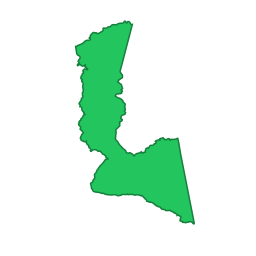 the district of Pracuúba, Amapá, Brazil, rotated 260°
{"feature_id": "56859067B17599195278011", "entity_name": "Pracuúba", "entity_type": "district", "adm_level": 2, "iso_a3": "BRA", "parent_name": "Brazil", "parent_adm1": "Amapá", "projection": "natural_earth1", "projection_center": [-51.252, 1.606], "detail": "fine", "context": "isolated", "style": "filled", "palette": "green", "viewbox_px": 256, "rotation_deg": 260, "n_neighbors": 0, "source": "geoboundaries", "source_scale": "gbopen_adm2", "svg_char_len": 5848}
<svg xmlns="http://www.w3.org/2000/svg" viewBox="0 0 256 256"><g transform="rotate(260 128 128)"><path d="M22.7,176.7L92.9,175.3L104.8,175.4L109.2,175.2L109.0,173.7L108.7,173.1L108.9,170.6L109.3,168.8L108.7,168.1L108.6,167.3L109.0,167.0L109.5,167.2L110.0,167.1L110.3,166.5L110.5,166.0L110.3,164.8L109.8,163.6L110.1,163.0L110.1,162.2L112.0,161.1L112.3,160.7L112.3,160.2L111.9,159.7L112.1,158.3L111.9,157.5L111.3,157.4L110.7,157.5L110.8,156.6L111.1,155.8L110.7,154.8L110.7,153.8L110.3,153.5L110.4,152.8L110.0,152.6L109.7,153.0L108.5,153.1L108.2,152.4L107.7,152.0L107.9,151.2L106.6,149.5L107.0,147.4L106.5,146.2L105.5,145.6L104.5,144.4L105.1,143.9L104.6,142.3L104.2,141.8L103.3,141.6L102.3,140.9L101.4,140.9L101.1,140.4L101.2,138.9L100.8,138.6L101.5,137.5L101.2,136.9L101.5,136.4L102.1,136.6L101.2,133.9L101.4,132.7L100.9,131.0L100.0,129.6L99.5,129.4L99.7,129.0L101.7,127.7L103.2,125.8L103.4,125.1L103.1,124.2L103.7,122.5L104.3,122.1L105.0,121.9L105.7,121.9L106.5,121.5L109.2,119.1L109.6,118.8L110.4,118.6L112.0,117.3L114.4,116.1L116.4,115.4L118.7,113.9L120.3,113.7L121.3,114.4L122.8,114.5L124.1,115.1L126.6,115.7L127.4,115.5L128.3,115.6L131.5,120.2L131.9,120.4L133.3,120.4L134.3,120.9L135.0,120.5L135.4,120.7L135.8,122.6L136.3,123.4L136.7,123.7L137.4,123.8L137.9,123.4L138.4,122.6L138.8,122.6L139.5,122.7L140.3,123.4L140.8,123.4L141.7,124.6L141.9,127.0L142.2,127.5L143.1,127.8L143.5,128.3L145.5,127.4L146.3,128.5L146.9,128.4L147.9,128.7L149.0,128.2L150.4,128.9L152.0,129.4L152.6,129.1L154.6,127.6L155.5,127.8L157.6,126.3L158.9,124.7L159.3,123.6L161.3,121.3L161.7,121.0L162.2,121.3L162.9,122.0L163.6,123.3L163.5,124.0L163.1,124.7L163.4,125.6L163.1,126.9L163.3,127.6L164.1,127.6L164.8,128.7L165.5,128.8L165.9,128.6L166.2,128.0L166.8,127.8L167.6,129.3L168.0,129.6L169.0,129.3L171.7,129.0L172.2,128.8L173.3,127.6L174.1,127.0L175.2,125.9L176.1,126.9L176.7,126.9L177.3,128.5L178.2,130.2L178.3,131.0L178.8,131.3L179.9,131.6L181.5,131.6L182.0,131.1L183.7,130.4L184.9,130.0L185.5,130.2L229.3,150.3L229.5,148.9L230.6,148.4L231.4,148.3L232.7,147.3L232.8,146.1L231.7,145.2L232.0,144.4L233.3,144.0L233.7,143.7L233.8,143.1L232.3,141.7L232.1,140.8L232.4,139.4L232.6,137.8L232.1,135.3L231.7,134.8L231.6,134.3L232.2,132.6L232.3,130.5L232.0,129.5L231.0,128.3L230.8,127.7L231.0,126.2L230.9,125.6L230.1,124.5L230.1,123.9L230.6,121.1L230.2,120.6L229.4,120.7L228.7,120.6L228.1,120.1L226.4,116.1L226.2,114.9L226.3,114.2L227.2,113.4L227.5,111.9L227.7,111.2L228.1,110.7L227.9,109.8L225.7,107.0L223.8,106.6L223.7,105.6L223.1,105.5L222.6,106.2L221.9,106.3L221.4,105.8L221.1,105.2L221.4,104.0L221.5,103.0L221.3,101.7L221.1,101.0L219.3,98.2L218.7,96.5L218.0,92.9L217.3,91.8L217.5,90.6L210.3,90.4L208.6,91.1L207.3,92.8L206.1,93.1L205.5,93.1L204.8,92.8L203.8,91.5L202.1,90.4L200.6,91.3L200.2,91.2L199.6,89.6L198.7,89.0L198.1,89.3L198.8,91.1L198.7,92.4L198.0,92.5L197.5,92.9L196.8,94.0L196.8,94.8L197.4,96.3L197.4,96.9L195.7,96.2L194.6,97.7L194.1,97.5L193.1,98.5L192.6,98.3L192.5,97.8L192.7,97.4L193.1,97.5L193.7,95.6L193.1,94.4L192.3,93.5L191.8,93.5L191.3,93.9L190.4,93.5L189.9,93.7L189.7,93.1L188.9,92.2L188.0,91.9L187.0,90.8L186.5,90.7L186.1,90.4L185.5,90.5L185.0,90.2L184.4,90.4L184.2,90.9L183.8,91.3L183.3,91.4L182.9,91.1L182.6,90.6L182.2,90.5L179.9,91.5L178.7,91.5L177.6,90.8L175.0,90.4L173.4,90.8L172.8,90.4L171.8,90.2L171.1,89.8L170.3,89.0L168.9,89.1L167.9,88.8L167.1,89.1L166.7,89.1L164.8,87.0L163.9,87.0L163.0,86.3L161.4,84.6L160.3,84.0L159.9,84.2L159.4,84.8L158.6,84.8L157.4,84.3L157.2,85.0L156.3,85.9L155.6,85.9L155.0,86.1L154.5,85.8L154.0,85.7L152.2,86.4L151.7,86.9L151.3,86.9L151.1,87.4L150.6,87.5L149.9,87.1L148.9,87.9L148.6,86.8L148.3,86.4L148.0,86.0L147.5,86.0L147.2,85.6L145.8,84.5L145.6,83.8L145.2,83.3L143.4,82.5L143.4,81.7L142.9,81.0L141.9,80.9L141.2,80.2L139.8,80.0L139.0,80.3L137.2,81.6L136.7,81.3L135.9,81.3L135.3,80.6L133.5,81.7L133.0,82.3L131.2,83.2L130.5,82.6L129.7,81.4L128.5,80.7L127.5,79.9L126.7,79.7L126.3,79.3L125.9,79.3L124.7,79.8L124.2,79.7L122.5,81.9L121.8,83.2L121.8,83.8L122.2,84.6L120.1,84.5L119.4,84.7L117.2,86.4L116.7,86.0L115.3,86.3L114.6,87.2L113.3,87.5L112.7,87.5L112.3,87.0L111.5,87.3L111.4,88.0L112.0,88.3L112.4,89.0L112.5,91.3L112.0,92.9L110.3,94.5L110.0,96.5L108.4,97.7L106.8,98.4L105.8,100.0L104.3,101.2L103.5,100.9L102.4,101.6L101.4,103.0L101.0,103.0L100.8,100.9L101.0,100.4L100.6,100.0L97.8,97.2L96.5,95.3L96.1,95.0L95.6,93.9L94.6,93.2L93.9,92.1L92.5,91.1L91.9,90.3L90.7,89.4L90.1,89.2L89.4,88.6L88.3,87.1L87.6,86.8L85.1,86.7L83.9,86.2L83.6,85.5L82.5,84.4L81.3,84.2L80.7,83.1L80.2,81.8L79.5,81.4L77.8,81.7L74.7,81.6L74.1,82.1L71.9,82.7L70.9,84.0L69.4,88.6L68.2,90.8L67.9,92.4L67.2,93.7L66.6,94.0L66.4,94.5L66.3,95.5L65.5,97.2L65.4,98.1L64.9,99.9L64.7,103.0L64.5,104.0L63.2,106.0L62.9,107.0L63.1,108.7L62.9,109.2L63.1,109.9L63.5,110.4L63.6,111.1L62.8,114.4L62.7,115.7L63.0,116.2L62.5,116.5L62.2,117.1L62.4,118.7L61.8,119.9L61.8,121.2L61.1,122.2L60.6,123.5L60.8,124.3L60.5,125.3L60.6,125.9L60.1,127.0L59.9,127.8L59.1,128.8L59.2,129.4L58.7,129.7L58.4,130.5L58.0,131.0L56.8,131.4L56.6,131.8L55.2,132.5L54.7,133.4L52.6,133.8L52.6,134.3L51.8,135.2L51.8,135.8L51.3,136.1L51.1,136.7L51.1,137.3L50.8,137.7L50.7,138.4L49.9,139.2L49.7,139.9L48.1,140.8L47.7,141.4L46.5,142.3L46.5,143.0L45.9,143.2L45.7,143.7L45.3,144.0L44.9,145.2L44.3,146.0L43.7,146.5L43.1,146.5L42.7,147.0L42.2,147.2L41.0,150.4L40.3,150.7L40.0,151.3L39.6,153.7L39.8,154.4L39.7,155.1L39.2,155.3L38.5,156.1L38.3,156.8L37.7,157.2L37.3,158.3L36.2,158.8L36.2,159.6L35.8,159.8L34.4,161.4L33.3,161.1L33.4,162.4L33.2,162.8L32.3,163.5L31.9,164.5L31.5,164.7L30.3,164.5L30.0,163.9L28.7,163.6L28.2,163.2L27.7,163.1L27.2,163.7L26.6,165.2L26.3,165.4L25.8,165.3L25.5,165.6L25.6,166.1L25.3,166.6L25.2,167.1L24.8,168.1L24.7,168.8L25.0,169.4L24.8,170.6L25.0,172.3L24.9,172.9L24.3,174.7L22.6,175.5L22.3,175.9L22.2,176.5L22.7,176.7Z" fill="#22c55e" stroke="#15803d" stroke-width="1.5"/></g></svg>